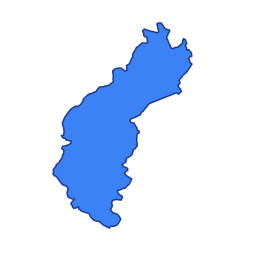 Lorena, São Paulo, Brazil, rotated 68°
{"feature_id": "56859067B19508502675553", "entity_name": "Lorena", "entity_type": "district", "adm_level": 2, "iso_a3": "BRA", "parent_name": "Brazil", "parent_adm1": "São Paulo", "projection": "orthographic", "projection_center": [-45.064, -22.777], "detail": "fine", "context": "isolated", "style": "filled", "palette": "blue", "viewbox_px": 256, "rotation_deg": 68, "n_neighbors": 0, "source": "geoboundaries", "source_scale": "gbopen_adm2", "svg_char_len": 3359}
<svg xmlns="http://www.w3.org/2000/svg" viewBox="0 0 256 256"><g transform="rotate(68 128 128)"><path d="M167.3,144.2L165.3,143.5L163.8,144.9L162.1,146.5L159.6,147.3L159.1,144.5L158.7,142.8L157.4,141.9L155.6,141.0L154.9,136.2L153.8,133.9L152.2,132.7L150.5,131.4L149.6,128.8L148.1,126.3L145.3,125.0L143.5,125.0L141.3,123.8L139.4,123.0L137.7,122.5L136.7,121.3L136.6,119.3L134.9,118.9L133.7,120.4L132.0,119.8L130.2,119.8L128.0,120.5L125.8,120.4L124.6,122.7L122.3,123.8L120.6,121.8L120.8,117.4L120.6,114.4L120.5,112.1L118.4,109.2L118.0,107.5L116.4,105.1L115.8,103.3L114.7,101.9L113.3,98.9L113.5,69.8L115.5,68.6L114.8,66.7L114.2,65.0L111.7,64.8L109.3,65.7L107.1,65.8L106.1,63.1L103.2,62.7L101.9,61.4L101.2,59.2L100.0,58.0L99.4,56.4L98.8,54.1L98.0,52.6L96.8,50.5L92.7,44.7L90.3,45.9L88.3,45.6L86.3,45.8L85.0,43.7L85.3,42.0L83.6,41.4L81.5,41.2L79.8,42.1L78.0,42.4L77.4,44.4L75.5,43.7L73.0,44.0L71.6,41.8L69.8,42.1L68.0,41.6L66.1,42.8L66.9,44.3L68.7,45.0L70.5,47.3L70.9,49.8L71.9,51.4L71.0,53.8L71.2,56.8L69.5,58.2L67.5,57.9L64.8,58.3L61.8,58.3L59.0,58.3L57.3,57.6L56.7,56.0L55.1,55.4L54.4,53.4L52.6,52.9L51.5,55.0L50.0,55.9L48.5,56.9L46.1,57.1L43.0,58.0L42.0,60.6L42.4,62.3L44.1,62.3L46.3,63.0L49.4,63.1L50.6,64.1L50.0,66.5L48.2,68.3L47.0,70.4L45.5,72.2L44.3,73.8L42.4,75.7L43.4,78.2L46.0,78.0L48.4,78.8L50.0,77.8L51.1,76.3L52.8,77.1L56.1,77.6L56.1,79.7L54.7,82.4L54.7,84.3L55.5,86.1L56.3,87.9L56.5,90.1L58.2,91.7L59.9,94.2L61.5,96.2L63.8,96.9L65.6,99.3L67.2,100.8L68.9,102.7L69.6,106.0L71.9,106.7L74.1,107.4L74.1,109.4L72.2,110.5L70.0,111.8L69.1,113.6L68.7,115.5L68.3,118.4L69.3,120.8L71.0,121.4L72.9,121.7L74.7,122.3L76.7,123.5L78.6,123.8L79.9,124.9L80.4,127.0L81.1,129.0L81.2,131.2L80.6,132.9L80.5,135.7L79.8,137.7L79.4,139.4L80.7,141.8L82.2,144.0L82.2,146.3L82.3,148.8L81.9,150.5L82.3,153.1L83.4,155.6L84.2,158.3L86.0,159.7L87.8,161.9L88.9,164.3L89.2,166.6L88.2,167.9L88.3,170.3L88.9,172.2L89.0,174.0L90.2,175.7L91.1,177.8L92.7,179.7L93.8,181.8L95.5,183.8L97.4,185.5L98.6,187.0L100.7,187.4L103.5,187.6L105.6,188.1L107.5,188.5L108.9,189.5L110.6,190.5L110.3,192.6L113.1,191.9L113.9,190.2L116.0,189.8L117.4,187.7L118.8,185.7L120.9,186.9L121.1,189.0L121.3,191.1L121.0,193.1L120.6,195.4L122.1,197.2L124.7,195.8L127.1,197.0L128.6,198.8L130.2,199.7L131.7,201.2L132.7,203.3L133.9,204.6L134.6,206.3L135.3,208.4L136.8,209.5L137.6,211.1L138.2,212.7L140.6,213.4L142.7,214.8L144.7,214.2L146.0,212.6L147.8,212.1L149.9,211.7L151.9,211.1L154.2,210.6L156.1,209.9L158.0,207.8L159.2,206.7L160.7,206.4L162.7,206.7L164.8,208.6L166.5,209.1L168.4,209.5L170.3,208.9L171.9,207.3L174.0,204.6L175.2,206.8L176.6,209.3L179.1,208.8L180.8,208.8L182.4,208.3L182.6,205.6L182.5,203.5L184.5,204.0L186.1,203.1L188.4,201.8L189.4,200.0L191.0,198.6L192.4,196.2L194.9,196.1L196.6,195.9L198.5,195.2L200.6,194.3L202.2,192.4L204.2,189.4L206.2,188.5L208.8,187.2L210.1,185.9L212.2,184.2L213.8,182.7L212.6,181.3L213.7,178.2L214.0,175.3L213.0,172.9L211.6,171.1L209.9,169.0L207.8,169.0L205.9,169.5L203.9,170.3L202.5,171.7L200.8,174.0L196.7,174.7L195.7,172.9L193.8,171.4L192.0,171.4L190.5,170.8L189.4,168.9L189.7,166.1L191.0,163.6L192.2,161.6L190.8,159.6L189.1,159.0L186.5,160.9L184.2,161.7L182.0,161.1L182.4,158.0L182.2,155.7L182.7,153.0L181.5,150.8L180.5,147.9L178.7,145.7L176.6,143.7L173.0,146.3L171.6,147.3L168.5,148.2L167.4,146.1L167.3,144.2Z" fill="#3b82f6" stroke="#1e3a8a" stroke-width="1.5"/></g></svg>